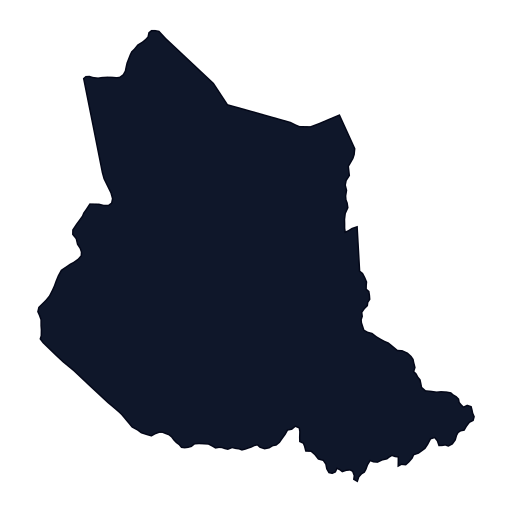 the district of Cândido Sales, Bahia, Brazil
{"feature_id": "56859067B27975744543815", "entity_name": "Cândido Sales", "entity_type": "district", "adm_level": 2, "iso_a3": "BRA", "parent_name": "Brazil", "parent_adm1": "Bahia", "projection": "orthographic", "projection_center": [-41.231, -15.332], "detail": "fine", "context": "isolated", "style": "filled", "palette": "ink", "viewbox_px": 512, "rotation_deg": 0, "n_neighbors": 0, "source": "geoboundaries", "source_scale": "gbopen_adm2", "svg_char_len": 3441}
<svg xmlns="http://www.w3.org/2000/svg" viewBox="0 0 512 512"><path d="M165.7,38.7L158.9,31.4L155.2,30.7L151.5,30.7L149.0,32.7L148.1,37.0L145.9,39.4L142.5,42.2L137.9,45.0L134.5,49.2L131.8,51.8L130.4,54.7L128.7,59.0L127.1,63.1L126.2,67.1L125.4,71.1L123.3,74.8L119.8,77.4L116.7,77.8L112.2,77.4L107.4,77.3L102.0,77.6L98.1,78.2L92.9,77.6L89.3,76.5L85.9,76.7L83.7,78.6L93.8,129.1L102.4,172.5L104.1,178.7L111.0,192.8L112.6,198.6L111.7,203.1L108.5,205.5L103.7,205.5L99.0,204.3L89.9,204.1L86.5,209.3L83.8,213.1L82.6,216.1L79.5,220.4L76.9,223.9L72.9,229.9L72.8,234.4L76.3,238.7L77.6,244.3L80.3,248.4L81.5,252.0L81.3,255.8L78.3,259.2L73.7,262.5L70.4,264.2L65.4,267.6L61.4,270.3L58.4,275.8L56.1,281.4L54.5,285.9L52.6,290.1L49.6,296.0L46.2,300.2L42.9,303.5L38.9,307.4L37.9,311.7L39.5,315.2L41.1,319.7L41.1,325.8L41.4,329.8L41.3,335.8L40.3,338.9L43.2,342.7L56.1,355.2L63.4,362.0L74.0,370.7L88.4,384.3L99.9,395.0L108.2,402.7L112.2,406.0L119.2,412.0L121.8,414.5L132.2,427.0L137.6,429.9L141.3,432.7L146.9,434.5L151.4,435.8L154.9,433.8L159.2,432.2L162.5,432.2L166.0,433.6L169.0,434.7L171.7,436.9L174.0,440.0L176.4,442.5L179.3,444.6L181.5,447.3L184.6,447.7L187.9,447.3L191.3,446.4L194.5,443.8L198.9,443.5L203.4,443.7L208.5,444.0L212.7,446.2L215.5,447.9L219.0,447.3L222.0,447.5L224.8,448.5L227.8,449.2L232.1,447.5L235.8,448.4L239.1,448.8L241.9,449.9L245.4,449.0L248.2,448.0L251.0,447.1L254.3,445.5L257.4,444.8L260.0,447.2L264.6,448.7L269.1,447.8L272.7,445.6L276.1,445.0L279.4,442.3L281.9,438.7L285.1,434.3L287.5,430.0L291.7,429.2L295.3,426.2L299.3,427.9L299.9,431.7L299.7,437.2L299.8,441.5L303.4,443.2L304.6,446.2L305.8,451.0L311.1,451.2L314.9,454.5L318.4,459.0L323.3,460.3L325.9,464.1L326.8,468.8L329.0,472.6L332.2,473.3L335.3,471.9L337.0,468.3L339.9,469.7L342.3,471.6L346.1,470.3L350.1,469.9L352.7,471.3L354.3,475.6L353.8,479.3L357.3,481.3L358.8,476.8L361.5,473.8L364.3,472.1L365.8,469.4L367.5,464.8L370.1,460.5L373.5,461.8L377.5,462.1L382.1,459.9L386.9,458.8L389.2,457.0L391.9,455.4L395.1,456.5L398.3,456.9L398.3,461.5L398.2,466.0L401.4,464.3L405.7,464.7L408.8,461.9L412.1,458.1L413.6,454.7L418.4,453.1L421.9,450.6L424.9,448.4L427.5,444.5L430.5,438.8L434.7,437.5L437.4,440.8L439.0,445.5L442.3,445.4L445.3,444.9L448.3,446.0L452.3,443.9L455.2,439.9L456.5,435.3L458.0,432.5L460.5,430.8L464.1,430.1L466.3,426.3L469.3,422.3L473.1,420.4L474.1,416.7L472.6,413.2L472.0,410.2L471.1,406.7L467.2,405.4L463.5,407.2L461.2,405.0L459.1,402.5L458.5,399.1L456.1,396.7L453.0,394.9L450.8,392.9L446.4,392.1L441.0,391.8L436.5,392.2L431.0,391.4L425.4,390.9L421.5,387.4L420.8,383.7L420.0,379.9L417.7,377.1L416.0,373.9L413.6,371.6L414.9,367.5L413.6,362.4L413.0,359.4L411.0,356.5L407.4,353.2L402.1,350.8L397.3,350.5L394.7,348.3L391.9,346.0L388.2,343.0L384.5,341.5L380.8,339.5L376.4,336.9L372.0,333.5L367.5,332.3L363.8,330.2L362.5,326.2L361.4,322.8L361.1,319.7L362.2,316.4L361.7,312.3L364.3,308.6L367.3,305.6L367.7,302.3L369.7,299.3L369.4,295.4L368.8,291.5L366.1,289.2L366.2,285.3L366.5,282.0L364.6,277.5L362.5,273.5L359.6,271.2L357.1,226.8L352.1,228.5L348.8,230.6L345.2,232.3L344.6,228.3L344.6,223.8L344.5,219.3L345.2,213.4L347.8,207.7L347.1,203.0L345.9,199.9L345.6,195.9L346.5,190.3L345.2,185.1L346.1,180.5L349.3,175.5L348.8,171.0L348.3,166.3L350.5,162.5L352.8,158.5L354.1,154.6L354.7,148.7L339.4,115.1L329.6,119.2L319.3,123.6L310.5,126.9L299.4,126.7L295.6,125.1L290.4,122.5L246.1,110.0L227.4,104.8L213.4,83.5L165.7,38.7Z" fill="#0f172a" stroke="#020617" stroke-width="1.5"/></svg>